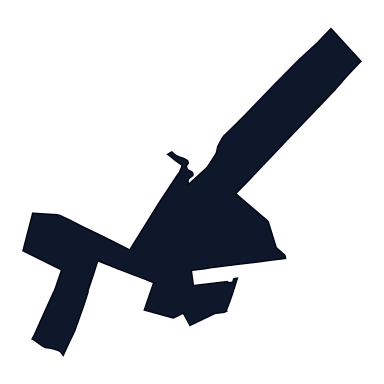 outline of Barbulesti, Ialomita, Romania
{"feature_id": "2599482B7724523502847", "entity_name": "Barbulesti", "entity_type": "district", "adm_level": 2, "iso_a3": "ROU", "parent_name": "Romania", "parent_adm1": "Ialomita", "projection": "mercator", "projection_center": [26.592, 44.736], "detail": "fine", "context": "isolated", "style": "filled", "palette": "ink", "viewbox_px": 384, "rotation_deg": 0, "n_neighbors": 0, "source": "geoboundaries", "source_scale": "gbopen_adm2", "svg_char_len": 3013}
<svg xmlns="http://www.w3.org/2000/svg" viewBox="0 0 384 384"><path d="M134.6,275.2L143.4,278.5L153.7,282.7L144.3,310.0L173.3,318.0L182.1,313.7L182.9,313.4L183.5,313.5L190.0,325.4L202.7,319.3L209.4,316.1L215.1,313.4L215.6,313.3L221.1,312.7L223.9,312.3L224.4,312.2L226.5,311.2L226.1,311.0L226.3,310.4L229.5,302.2L232.7,293.1L235.2,285.1L237.4,278.2L233.8,278.7L232.7,282.3L228.8,282.7L227.2,281.6L193.4,285.6L191.3,270.3L192.0,270.3L198.5,269.5L203.7,268.9L212.1,267.5L214.8,267.2L217.9,266.8L224.0,266.0L228.9,265.4L232.0,265.1L233.6,264.8L258.6,261.9L272.3,260.0L278.9,259.2L285.5,258.4L285.4,257.4L284.9,255.3L280.7,251.6L277.5,248.8L276.2,247.5L268.4,222.3L267.6,221.0L266.0,219.4L264.0,217.9L235.7,193.7L237.7,191.6L240.8,188.4L244.5,184.7L247.1,182.0L249.3,179.8L254.0,174.7L264.0,164.2L279.0,148.4L285.5,141.5L289.5,137.3L296.6,129.9L308.0,118.0L319.8,105.7L324.0,101.3L329.7,95.3L332.8,92.0L334.8,90.1L335.3,89.4L335.2,89.3L342.0,81.9L342.0,81.6L347.4,75.5L353.7,68.8L357.4,64.9L360.3,61.9L361.0,61.4L337.5,35.7L331.0,28.6L330.4,29.2L329.8,29.8L326.4,33.4L324.3,35.6L322.7,37.2L321.6,38.4L321.0,39.0L320.5,39.6L319.9,40.2L319.0,41.1L318.2,42.0L317.9,42.3L317.1,43.1L316.4,43.7L316.1,44.0L311.8,47.9L307.6,51.8L306.1,53.1L304.7,54.5L299.9,58.9L296.1,62.6L292.4,66.3L290.0,68.8L285.2,73.6L282.9,76.0L282.1,76.8L280.4,78.5L273.8,85.1L270.8,88.3L267.8,91.5L257.6,102.0L244.6,115.5L231.4,128.6L225.0,134.9L224.6,135.2L223.9,135.8L223.5,136.5L223.0,137.1L222.6,137.7L222.2,138.2L221.6,139.3L221.1,140.3L220.1,142.0L219.0,144.1L218.0,146.0L217.7,146.7L217.5,147.5L217.2,149.4L216.6,151.8L216.1,153.6L210.1,162.9L207.2,167.4L191.3,181.9L189.1,184.1L188.6,183.1L188.1,182.1L187.9,181.2L188.2,179.8L188.8,178.7L189.3,178.2L189.8,177.8L190.9,176.9L191.7,176.3L192.7,175.7L192.9,175.3L192.9,174.6L192.9,173.9L192.7,173.2L192.4,172.5L192.0,172.1L191.0,171.4L190.2,171.1L188.9,170.5L188.2,170.0L187.3,169.0L186.8,168.2L186.4,166.9L186.6,165.5L188.2,163.4L188.2,163.1L188.3,162.6L188.0,161.9L187.7,161.1L187.4,160.6L186.7,160.1L185.7,159.5L184.0,158.6L182.2,157.9L179.5,157.1L177.8,156.4L175.6,155.2L173.6,153.5L172.7,152.8L171.8,151.9L167.7,154.3L169.4,155.5L175.4,160.5L182.3,165.4L179.5,172.2L176.2,176.8L159.2,202.6L129.7,250.0L105.8,237.9L82.0,226.4L69.6,220.0L66.4,218.5L60.0,215.5L56.7,214.6L52.3,214.5L51.4,214.4L32.7,213.2L23.0,250.8L61.6,269.9L55.6,287.5L53.9,291.7L53.3,292.8L44.2,312.9L34.1,335.4L32.1,339.0L32.7,339.3L33.9,339.9L34.8,340.5L35.6,341.1L37.2,342.3L38.9,343.5L40.5,344.6L42.1,345.8L43.7,346.6L45.3,347.5L47.6,347.8L50.0,348.1L52.0,348.6L54.0,349.0L55.7,349.6L57.4,350.1L60.4,351.6L63.2,355.4L68.8,343.2L74.1,332.2L74.8,330.6L77.7,322.5L82.4,309.3L83.5,306.3L88.2,291.6L87.9,290.9L93.7,273.6L97.2,262.4L97.6,261.6L97.9,261.1L98.1,260.9L98.3,260.9L98.6,260.8L99.1,261.2L99.8,261.6L101.1,262.1L102.8,262.8L104.1,263.3L105.8,264.0L107.6,264.7L110.3,265.7L111.6,266.3L115.5,267.9L124.6,271.4L126.8,272.2L132.6,274.5L133.6,274.9L134.6,275.2Z" fill="#0f172a" stroke="#020617" stroke-width="1.5"/></svg>